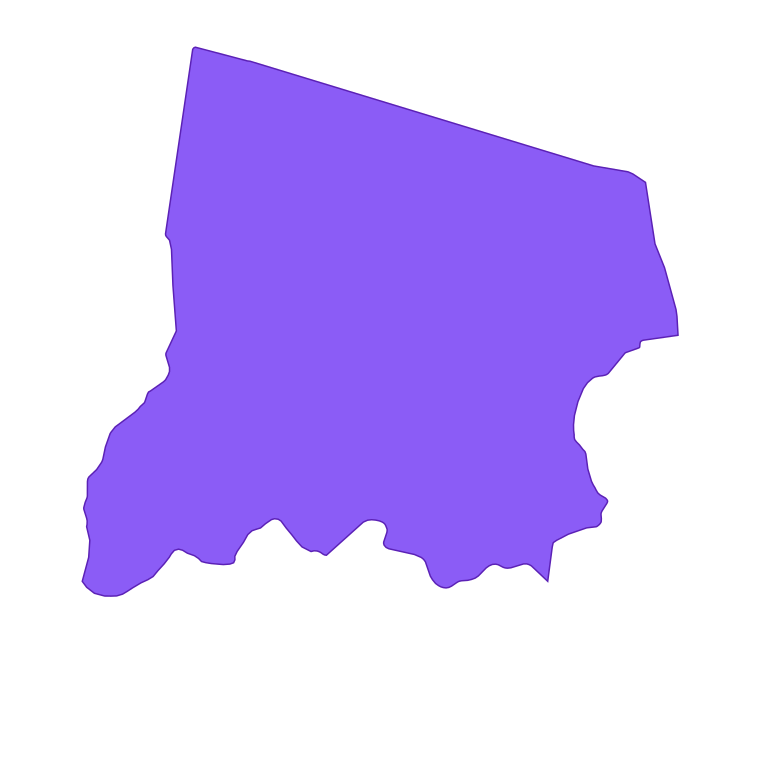 SVG path tracing the border of North Kordufan, rotated 15°
{"feature_id": "SDN-883", "entity_name": "North Kordufan", "entity_type": "State", "adm_level": 1, "iso_a3": "SDN", "parent_name": "Sudan", "parent_adm1": "", "projection": "mercator", "projection_center": [29.791, 14.01], "detail": "fine", "context": "isolated", "style": "filled", "palette": "violet", "viewbox_px": 768, "rotation_deg": 15, "n_neighbors": 0, "source": "natural_earth", "source_scale": "10m", "svg_char_len": 3170}
<svg xmlns="http://www.w3.org/2000/svg" viewBox="0 0 768 768"><g transform="rotate(15 384 384)"><path d="M399.8,522.7L372.7,564.3L370.8,564.5L369.0,564.1L367.0,563.3L365.1,562.8L362.7,562.6L359.6,563.2L356.9,564.7L347.0,562.6L340.1,558.2L333.8,553.4L326.9,548.5L320.0,543.0L316.8,542.0L313.1,542.5L310.4,544.1L305.7,549.6L302.0,555.0L297.7,557.7L294.5,559.9L291.4,564.7L289.2,573.4L285.5,583.7L284.5,589.1L285.5,592.4L285.0,595.6L281.8,597.8L275.5,600.0L263.8,602.1L258.0,602.7L253.7,602.7L250.0,600.5L245.3,598.9L237.8,598.3L232.5,596.7L228.3,596.7L224.6,598.9L222.5,603.2L221.4,607.0L218.2,614.6L214.0,622.7L210.8,629.7L206.6,634.1L200.8,638.9L193.9,646.0L189.6,650.8L185.9,654.6L180.6,657.9L175.3,659.5L169.0,661.1L158.4,661.1L149.4,657.3L143.6,652.7L143.6,627.8L140.3,611.1L133.7,598.8L133.5,596.4L132.7,593.0L131.5,590.6L126.5,582.7L126.1,581.6L126.0,580.7L126.0,575.6L126.5,571.7L126.6,570.4L126.5,569.1L122.8,555.0L122.5,552.5L122.7,551.4L123.1,550.0L128.6,541.0L131.3,533.3L131.6,532.2L131.8,530.8L131.9,529.3L131.2,516.9L132.3,502.8L132.8,501.2L135.5,495.0L150.8,475.6L153.1,471.9L154.4,468.8L157.3,464.3L157.6,463.1L158.1,455.1L158.4,453.6L158.7,452.6L160.2,451.2L170.4,439.0L171.6,437.1L172.0,436.2L173.3,431.2L173.6,427.4L172.5,423.4L166.0,412.9L165.8,412.3L165.5,411.4L165.5,410.2L169.7,386.5L154.7,343.7L143.9,309.0L139.6,300.6L135.6,297.9L134.6,296.8L134.1,295.5L112.6,110.2L113.4,108.4L114.6,107.5L168.3,107.3L171.0,106.9L530.0,119.1L564.9,115.9L570.0,116.7L584.4,121.6L609.5,178.5L624.9,199.1L646.8,236.5L649.5,242.9L655.4,260.8L623.1,274.6L621.8,275.5L620.8,276.7L620.8,278.8L621.1,280.5L621.4,282.0L621.3,282.6L620.9,283.1L609.5,291.0L608.9,291.6L608.6,292.1L597.9,315.7L596.9,316.9L596.2,317.6L595.3,318.2L593.0,319.4L589.9,320.6L586.1,322.5L585.3,323.1L583.9,324.5L580.2,330.1L577.9,336.4L577.7,337.2L575.9,350.9L576.1,365.1L577.6,374.3L579.2,379.8L580.8,383.8L581.4,386.0L581.9,387.0L582.3,387.9L582.6,388.3L582.9,388.6L585.0,390.2L588.6,392.3L593.0,395.7L595.2,397.0L595.6,397.3L595.9,397.7L597.1,399.4L602.9,413.4L609.6,424.3L612.2,427.3L615.0,430.0L615.9,431.1L618.4,433.6L619.3,434.2L621.6,435.3L627.2,436.8L627.7,437.0L629.4,438.1L629.7,438.5L630.1,438.9L630.3,439.3L630.4,440.0L630.2,441.5L627.5,450.1L627.2,451.8L627.2,453.1L627.5,454.2L628.8,457.8L629.3,460.1L629.4,460.8L629.4,461.4L629.2,462.0L628.9,462.9L628.3,464.1L627.1,465.8L626.4,466.6L625.8,467.0L617.0,470.5L601.0,481.3L591.2,490.3L588.9,493.0L588.5,493.8L588.7,497.9L593.2,532.2L573.4,521.5L570.9,520.9L568.6,520.8L565.5,521.6L554.1,528.7L551.0,529.9L548.7,530.3L546.5,530.2L541.1,529.0L538.5,529.1L535.4,530.2L532.6,532.4L530.3,535.2L524.8,545.0L522.3,547.9L519.0,550.2L515.6,552.0L509.8,554.0L508.0,554.9L506.9,555.7L505.8,556.8L501.6,561.7L499.3,563.7L496.7,564.9L494.0,565.3L491.4,565.2L488.8,564.6L485.4,563.3L481.5,560.5L478.5,557.6L470.0,545.0L467.6,543.1L464.9,541.9L457.5,540.8L431.3,541.9L428.3,541.3L425.9,539.7L425.0,538.3L424.6,536.8L425.2,526.6L425.0,525.0L424.7,523.7L424.0,522.6L422.2,520.2L421.2,519.2L420.4,518.7L419.4,518.2L418.0,517.8L415.0,517.4L411.2,517.6L407.2,518.3L403.4,519.8L399.8,522.7Z" fill="#8b5cf6" stroke="#5b21b6" stroke-width="1.5"/></g></svg>